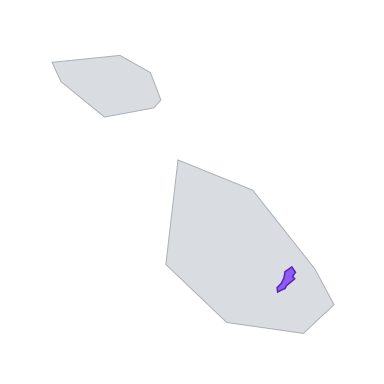 Paola highlighted on a map of Malta, rotated 7°
{"feature_id": "MLT-5958", "entity_name": "Paola", "entity_type": "state/province", "adm_level": 1, "iso_a3": "MLT", "parent_name": "Malta", "parent_adm1": "", "projection": "albers", "projection_center": [14.504, 35.872], "detail": "fine", "context": "in_parent", "style": "filled", "palette": "violet", "viewbox_px": 384, "rotation_deg": 7, "n_neighbors": 0, "source": "natural_earth", "source_scale": "10m", "svg_char_len": 597}
<svg xmlns="http://www.w3.org/2000/svg" viewBox="0 0 384 384"><g transform="rotate(7 192 192)"><path d="M346.7,286.5L319.8,318.8L242.4,317.3L174.9,267.1L174.2,161.9L252.0,182.8L323.2,253.3L346.7,286.5ZM143.9,113.1L95.9,128.3L48.4,98.3L37.3,80.3L103.8,65.2L136.2,78.6L149.9,104.5L143.9,113.1Z" fill="#d9dde1" stroke="#a8b0b8" stroke-width="1"/><path d="M300.2,270.3L297.3,273.2L296.1,276.5L293.5,277.9L289.2,280.9L288.1,276.5L291.6,272.1L293.8,265.9L294.0,259.7L297.1,257.1L300.2,254.2L304.5,259.1L302.1,263.5L304.5,265.6L300.2,270.3Z" fill="#8b5cf6" stroke="#5b21b6" stroke-width="1.5"/></g></svg>